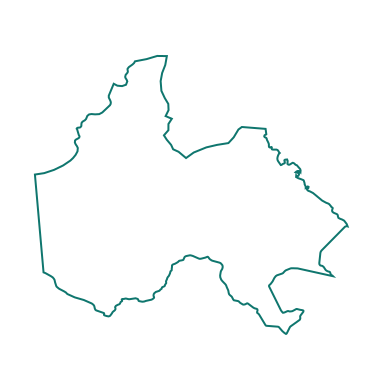 Northern, Natural Earth projection, rotated 275°
{"feature_id": "ZMB-515", "entity_name": "Northern", "entity_type": "Province", "adm_level": 1, "iso_a3": "ZMB", "parent_name": "Zambia", "parent_adm1": "", "projection": "natural_earth1", "projection_center": [30.182, -9.848], "detail": "fine", "context": "isolated", "style": "outline", "palette": "teal", "viewbox_px": 384, "rotation_deg": 275, "n_neighbors": 0, "source": "natural_earth", "source_scale": "10m", "svg_char_len": 5924}
<svg xmlns="http://www.w3.org/2000/svg" viewBox="0 0 384 384"><g transform="rotate(275 192 192)"><path d="M195.7,34.0L197.9,43.1L202.0,52.6L207.2,61.3L212.7,68.1L215.4,70.5L218.8,72.8L222.5,74.4L225.9,74.4L227.6,73.4L229.3,72.0L231.1,71.0L233.1,71.0L234.0,71.7L235.6,74.1L236.4,74.9L237.5,75.1L238.2,74.8L238.8,74.3L243.1,72.6L244.0,72.3L244.6,72.1L244.8,71.7L245.1,71.6L245.8,72.1L246.1,72.7L246.4,74.4L246.7,75.1L247.8,75.9L248.8,76.0L249.9,75.9L251.2,76.0L252.5,76.8L254.2,79.1L255.5,80.1L258.7,81.1L260.3,82.7L260.9,85.1L260.9,88.7L261.5,92.8L263.4,95.7L271.3,102.7L272.7,103.3L274.4,103.3L276.0,102.6L278.8,100.9L280.7,100.7L293.0,104.6L291.4,108.4L291.4,113.1L293.1,116.9L296.6,117.9L298.3,117.0L299.5,116.0L300.8,115.4L302.9,115.7L305.2,117.3L306.1,117.6L306.9,117.5L308.4,117.1L309.2,117.1L310.9,118.2L313.9,121.7L315.5,123.1L317.2,123.8L320.4,135.1L324.5,145.5L325.2,155.1L316.2,154.3L308.0,151.9L299.7,151.1L290.1,152.7L283.2,156.7L277.7,160.7L271.5,161.5L265.3,159.1L263.2,165.5L257.7,162.6L251.5,163.1L246.0,159.1L241.9,162.3L237.1,167.1L232.9,169.5L230.9,175.1L225.3,183.1L231.5,190.3L237.7,202.4L241.1,212.8L243.9,224.0L250.1,228.8L258.3,232.8L261.1,236.0L261.3,259.8L256.0,261.0L255.6,260.6L255.3,259.9L254.7,259.3L253.8,259.1L253.0,259.6L252.3,261.3L251.8,261.7L250.7,262.0L247.9,263.7L246.4,264.4L244.3,264.6L243.4,265.0L243.1,265.9L243.6,266.7L243.7,267.3L243.4,267.6L242.1,267.6L241.5,267.9L241.3,268.6L241.6,272.4L241.3,273.5L240.7,274.2L239.1,275.3L238.5,276.0L237.6,275.2L236.0,274.6L234.3,274.2L232.9,274.1L231.4,274.4L230.2,275.1L226.6,278.1L226.8,278.8L227.8,280.0L228.3,280.8L228.5,281.4L228.8,281.8L229.8,281.9L230.4,281.7L231.1,281.3L231.7,281.3L232.3,281.9L232.7,283.9L231.3,284.6L228.4,284.6L227.7,285.5L227.6,286.3L228.0,287.2L229.6,289.3L229.9,289.9L229.5,291.1L229.1,291.7L228.6,292.2L228.1,292.9L227.8,294.1L224.2,297.8L222.9,298.3L221.1,298.3L221.9,297.4L222.2,296.5L222.1,295.4L221.6,294.4L220.7,293.5L220.4,294.5L220.2,296.7L219.0,297.1L217.5,296.6L216.8,295.6L217.7,294.4L216.0,294.4L215.0,296.7L214.2,299.8L213.5,302.0L212.8,302.5L210.5,303.4L209.6,303.5L209.0,303.8L208.2,304.3L207.2,304.8L206.0,304.9L207.6,306.9L207.2,307.7L206.0,307.5L205.0,306.1L204.3,306.5L203.5,307.4L203.1,308.5L202.9,309.4L201.5,312.7L194.8,322.4L193.0,326.5L192.3,328.9L191.8,329.8L189.9,331.7L189.4,332.0L188.6,333.3L188.2,333.6L186.3,333.2L185.4,333.2L184.6,333.6L183.9,334.5L183.5,335.4L182.9,337.3L182.6,338.2L182.1,338.9L181.4,339.3L180.3,339.5L178.9,340.2L178.2,342.0L177.6,344.1L176.7,346.1L173.6,348.9L171.3,350.0L171.4,349.5L171.4,348.8L171.0,347.9L170.7,347.4L145.2,326.3L143.9,325.5L142.5,325.2L132.3,325.0L131.2,325.2L130.6,325.6L130.0,326.3L129.7,328.4L128.7,329.8L125.9,332.0L125.4,332.8L124.9,333.9L124.6,335.0L124.5,335.9L124.1,336.5L121.7,337.6L120.9,339.2L120.4,339.8L125.1,303.9L124.8,298.7L124.7,297.7L124.4,296.7L122.2,292.4L121.7,291.8L121.2,291.3L119.1,289.7L118.6,288.9L116.4,283.9L115.9,283.3L115.5,282.8L114.0,281.8L113.2,281.4L110.0,280.1L107.3,278.4L106.0,277.2L105.6,277.0L105.1,276.9L104.5,277.1L81.9,290.9L80.6,292.0L79.6,293.2L80.1,294.7L81.6,297.4L81.8,298.1L81.6,299.2L81.5,299.9L81.7,300.9L81.9,301.9L82.2,302.6L84.5,306.1L84.6,306.7L84.5,307.3L84.1,309.7L83.9,312.1L83.8,312.7L83.6,313.2L83.3,313.4L82.8,313.4L82.3,313.3L78.5,310.9L78.0,310.7L77.6,310.6L75.3,310.9L74.4,310.6L74.0,310.4L66.7,301.9L65.9,301.3L59.6,298.8L59.0,298.4L58.8,298.0L59.0,297.6L59.7,296.3L61.3,294.1L64.9,290.4L65.2,289.9L65.3,289.2L65.2,278.1L65.3,277.4L65.8,276.8L75.7,269.6L76.6,268.7L77.1,267.7L77.6,267.4L78.1,267.3L79.8,267.6L80.3,267.5L80.8,267.3L81.2,266.7L81.6,264.5L81.8,264.0L82.2,263.1L85.4,258.0L85.7,257.5L85.9,256.8L85.8,256.4L84.8,254.9L84.4,253.7L84.3,253.0L84.4,252.4L85.7,249.8L86.2,249.1L86.8,248.5L87.2,247.9L87.4,247.1L87.7,244.0L87.8,243.2L88.1,242.9L88.4,242.5L90.8,241.0L91.3,240.6L92.7,238.6L93.4,237.9L94.5,237.4L97.1,236.7L100.1,235.0L102.0,234.1L102.4,233.8L103.0,233.3L105.6,230.3L106.8,229.1L107.5,228.6L109.1,227.8L109.5,227.6L111.4,227.3L115.1,227.6L115.6,227.7L116.5,228.1L118.2,228.9L119.8,229.1L120.7,229.0L121.1,228.9L121.9,228.5L123.2,227.2L123.7,226.5L124.0,225.6L125.3,218.4L125.6,217.4L126.1,216.6L126.5,215.8L127.1,215.1L128.5,213.9L128.8,213.4L128.8,213.0L128.6,212.6L127.8,211.0L126.5,207.3L126.1,205.7L126.2,205.0L126.3,204.5L128.4,198.3L128.8,196.1L128.7,195.2L127.7,191.9L127.3,191.1L126.7,190.4L126.3,190.2L123.7,189.3L123.4,188.8L123.1,188.0L122.7,186.5L122.5,185.7L122.2,185.1L121.2,184.3L120.1,182.9L119.1,181.4L118.1,179.3L117.5,178.7L117.1,178.5L116.6,178.5L115.7,178.6L113.7,178.5L112.4,178.6L112.0,178.4L111.4,177.8L111.1,177.5L110.6,177.4L109.1,177.2L106.5,176.3L105.1,175.3L104.2,174.9L102.8,174.6L101.1,174.0L100.7,173.9L99.3,174.2L98.9,174.2L97.4,173.3L96.4,173.1L95.9,172.9L95.5,172.4L94.6,170.7L94.2,170.4L92.9,170.1L92.0,169.0L91.1,168.4L90.6,167.8L89.3,164.7L87.8,163.2L86.9,162.8L86.0,162.7L85.5,162.7L85.0,162.8L84.3,163.2L83.8,163.4L83.4,163.4L83.0,163.2L82.1,162.3L81.7,161.8L81.2,161.0L79.5,155.6L78.8,154.1L78.6,153.3L78.4,152.4L78.4,151.7L78.7,148.8L78.9,148.4L79.2,148.1L80.1,147.8L80.5,147.5L80.9,146.5L81.2,145.0L79.8,139.3L79.7,138.3L80.1,135.5L80.0,134.8L79.5,133.4L79.4,132.3L79.2,131.7L78.9,131.4L78.6,131.4L77.8,131.8L77.5,131.9L77.1,131.7L76.3,130.7L76.0,130.4L74.6,130.0L74.3,129.8L73.7,129.1L73.1,127.8L72.1,126.3L71.8,126.0L70.8,125.5L70.3,125.5L69.8,125.8L69.2,125.9L68.4,125.9L67.6,125.5L67.0,125.0L66.4,124.3L65.8,123.7L65.1,123.2L64.3,122.9L62.8,122.0L61.6,121.2L61.2,120.7L60.8,119.7L61.0,117.7L61.4,116.0L61.5,115.5L61.8,115.1L62.2,115.0L63.2,115.1L63.6,114.9L63.8,114.5L65.7,106.9L66.2,106.1L67.3,105.4L69.8,104.6L70.5,104.1L70.8,103.9L71.9,102.4L72.3,101.6L75.0,93.6L76.8,84.4L79.4,77.0L79.9,76.2L80.8,75.3L81.7,73.6L84.0,68.1L85.0,66.6L85.8,65.5L86.1,65.2L86.9,64.8L90.0,63.5L92.5,62.7L93.6,61.9L94.8,60.7L95.9,58.7L98.4,53.1L99.0,51.1L195.7,34.0Z" fill="none" stroke="#0f766e" stroke-width="2"/></g></svg>